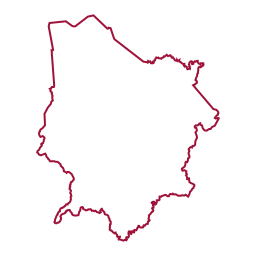 Catacamas, Olancho, Honduras (Natural Earth projection)
{"feature_id": "27666195B98073695243909", "entity_name": "Catacamas", "entity_type": "district", "adm_level": 2, "iso_a3": "HND", "parent_name": "Honduras", "parent_adm1": "Olancho", "projection": "natural_earth1", "projection_center": [-85.508, 14.563], "detail": "fine", "context": "isolated", "style": "outline", "palette": "rose", "viewbox_px": 256, "rotation_deg": 0, "n_neighbors": 0, "source": "geoboundaries", "source_scale": "gbopen_adm2", "svg_char_len": 5803}
<svg xmlns="http://www.w3.org/2000/svg" viewBox="0 0 256 256"><path d="M117.1,236.6L117.7,236.9L119.9,236.7L119.8,237.4L118.9,238.2L118.6,239.2L118.7,239.5L119.5,239.3L123.5,240.6L124.9,239.8L126.3,240.3L126.9,239.5L126.1,237.9L126.3,237.4L126.8,237.1L128.3,237.5L128.7,236.9L128.9,235.9L128.4,233.5L128.6,231.9L129.1,231.3L130.2,231.7L130.6,233.8L131.2,234.0L131.7,233.0L131.2,231.9L131.4,231.4L133.2,231.2L133.5,232.2L134.1,232.3L134.2,230.1L134.7,229.9L135.8,230.4L136.4,230.2L137.3,228.0L138.1,227.4L138.2,226.3L138.5,225.8L139.1,225.9L139.8,227.1L140.5,227.5L143.0,227.4L143.4,226.9L143.4,225.8L144.0,225.2L144.9,225.6L146.3,224.0L147.8,223.8L147.9,221.5L149.2,221.0L149.6,220.2L148.5,218.9L149.0,216.8L148.9,215.3L150.3,214.2L151.0,212.9L151.9,212.3L152.1,211.6L153.0,211.3L153.3,210.7L153.1,209.9L152.1,208.3L152.4,207.8L153.5,207.6L153.5,206.3L152.9,205.3L153.2,203.7L151.9,203.2L151.7,202.6L152.7,201.8L154.3,201.8L154.7,202.6L154.4,204.2L155.0,204.6L155.8,204.3L156.4,203.3L156.9,201.3L156.8,200.3L159.1,200.2L159.6,199.7L159.4,197.2L159.8,196.5L161.1,196.8L161.7,196.1L165.3,194.9L166.4,195.2L167.2,196.1L167.9,196.3L169.1,196.0L169.4,194.8L170.1,194.0L172.6,194.3L172.9,193.7L174.3,194.5L175.7,194.3L178.4,195.8L180.0,195.6L180.9,195.8L182.1,195.2L184.2,195.6L185.7,194.7L188.1,196.6L189.3,194.5L190.1,191.7L191.5,190.4L192.1,189.0L193.4,188.1L193.5,187.2L194.4,185.8L194.3,184.8L192.6,183.7L190.7,183.0L189.4,182.0L189.0,178.3L188.5,178.3L187.7,179.2L187.1,179.1L187.1,177.5L186.7,176.1L186.0,175.3L186.9,174.2L186.1,173.1L186.4,171.3L184.4,170.2L182.5,170.7L181.8,169.1L182.1,168.5L184.7,166.5L185.4,164.5L185.5,162.2L186.0,161.8L187.2,162.1L187.9,160.4L188.0,158.4L189.4,157.5L189.4,156.1L188.5,153.2L189.4,150.8L188.6,149.5L188.9,148.7L190.6,147.1L192.1,147.5L192.5,146.0L194.3,145.7L195.1,144.8L195.4,141.1L197.0,137.8L196.8,136.2L195.5,132.4L196.8,130.7L196.5,128.5L196.2,127.8L195.2,127.8L194.8,127.3L194.7,126.4L195.9,125.3L197.8,125.4L199.4,123.6L200.2,123.3L200.4,124.7L202.0,125.4L202.7,128.1L203.5,129.2L204.9,130.5L206.8,130.6L209.1,129.0L210.6,129.0L211.9,127.1L214.8,125.7L218.8,118.3L218.6,118.0L215.6,118.5L214.8,117.9L216.6,115.6L217.9,114.8L217.9,113.8L218.4,113.2L218.2,112.1L217.4,110.8L216.3,109.8L213.4,109.1L193.1,85.2L194.2,84.6L195.0,84.5L195.6,83.6L196.5,83.3L196.9,82.7L197.0,82.0L196.5,80.6L195.6,80.3L195.4,80.0L196.3,77.4L197.2,75.8L197.1,74.8L197.4,73.8L198.0,73.2L197.8,72.5L198.3,70.3L198.2,68.7L198.6,67.5L199.1,66.9L200.5,67.3L201.3,66.9L201.7,66.1L203.0,65.7L203.5,64.6L203.3,63.3L203.0,63.2L202.7,64.1L200.9,63.2L200.3,63.6L200.1,64.3L199.6,63.7L198.7,63.5L197.6,62.0L197.7,60.9L196.9,60.9L195.4,61.7L194.8,61.3L193.6,62.4L193.3,63.9L192.2,64.2L191.9,63.7L192.3,62.0L191.7,61.3L190.7,61.4L189.8,62.1L189.3,63.0L189.4,63.9L188.9,64.5L189.7,66.3L189.2,66.7L190.1,68.0L189.9,68.9L189.5,68.7L187.4,69.2L186.6,66.7L185.8,66.3L185.3,66.4L185.0,65.9L184.6,66.5L184.3,66.2L183.7,64.9L184.1,63.9L183.2,64.0L181.6,63.1L180.5,61.9L179.4,61.7L179.1,60.9L179.3,60.0L178.1,60.7L177.4,60.5L177.0,59.8L176.8,60.8L176.3,60.4L175.2,60.5L174.5,59.8L174.2,58.8L172.9,57.9L172.9,57.4L171.7,57.5L171.5,56.3L170.6,56.0L170.3,55.3L168.0,56.1L166.7,54.8L164.6,56.6L164.0,56.3L163.2,57.5L162.4,57.6L161.5,58.7L160.7,58.3L160.2,58.5L158.8,58.2L158.4,57.7L158.1,58.0L156.3,57.5L156.1,58.1L155.5,58.5L155.0,60.3L154.4,60.4L154.3,60.9L153.0,61.6L153.2,61.9L152.8,62.1L153.6,62.8L153.0,63.2L152.2,63.4L151.7,62.8L150.9,63.1L150.1,61.5L149.6,61.8L148.2,61.0L148.0,62.4L147.7,62.7L146.1,62.0L143.5,61.7L114.9,39.6L114.1,38.7L110.6,28.2L108.7,27.7L108.1,28.6L107.3,28.6L93.5,15.4L87.9,16.6L75.3,26.3L73.6,26.4L72.1,25.9L65.8,21.3L49.5,23.0L48.7,26.3L53.1,50.0L52.2,50.6L51.6,50.4L54.2,85.5L53.8,87.0L51.9,87.0L51.3,88.0L49.8,88.9L50.6,89.8L50.4,91.1L51.5,92.0L51.6,92.8L52.0,93.0L51.8,94.1L52.6,95.9L52.3,96.2L52.3,98.8L52.8,100.4L51.4,101.6L50.8,103.9L47.8,107.6L44.5,113.9L45.0,125.2L42.7,128.0L40.4,129.7L39.9,131.4L39.5,131.5L39.0,133.5L39.5,135.6L40.5,136.9L42.7,136.1L44.4,137.5L44.5,138.3L43.9,139.6L43.6,141.6L43.0,143.1L42.4,143.1L41.2,144.0L41.2,144.4L41.9,145.1L41.7,145.8L40.0,147.7L39.1,149.7L37.5,151.1L37.2,152.4L38.1,153.1L39.0,154.6L41.0,155.3L45.2,153.6L45.9,154.6L46.7,157.1L47.6,157.7L48.3,159.1L49.2,159.6L49.6,160.8L50.2,161.3L54.1,161.2L55.7,161.8L57.5,161.8L58.7,162.6L59.3,163.4L60.6,164.3L60.7,165.8L63.0,167.9L63.8,170.0L63.8,171.2L65.8,172.1L66.6,172.9L67.5,171.9L69.1,172.1L71.6,174.0L73.6,177.8L73.8,179.6L71.6,182.1L70.9,182.2L70.5,183.7L70.7,184.0L69.9,185.1L70.3,186.0L70.2,186.8L69.7,187.0L69.9,188.1L69.5,188.9L71.0,190.7L70.2,193.0L70.7,193.6L71.4,196.0L70.8,196.6L70.6,197.5L71.0,198.9L70.3,201.4L69.5,202.6L68.2,203.3L67.6,204.5L66.2,204.3L65.3,205.9L64.7,206.0L63.6,207.3L63.1,207.2L62.4,207.9L61.2,208.1L60.4,208.9L59.7,210.4L59.9,211.4L58.6,212.0L57.4,214.2L57.6,214.6L56.6,215.7L55.1,219.6L55.0,220.9L54.4,222.0L55.1,223.1L56.4,223.3L57.7,222.6L58.3,222.7L60.2,221.2L61.1,218.7L61.0,217.6L60.4,216.4L61.2,215.1L62.0,214.3L65.1,213.1L65.3,212.4L65.8,212.2L65.8,211.4L66.5,210.8L66.9,210.9L67.5,210.2L69.6,210.0L70.0,210.4L70.2,211.4L71.8,213.0L72.1,214.3L73.1,215.2L75.4,215.6L78.4,215.2L79.3,211.6L80.1,210.8L80.6,207.8L81.0,207.4L82.3,207.0L83.1,207.7L83.0,208.6L83.5,209.2L85.2,209.8L86.0,210.4L87.3,210.1L88.3,209.3L88.8,209.5L90.7,209.2L91.9,210.9L92.8,210.5L94.4,211.2L95.5,210.7L97.0,212.1L98.5,212.4L99.5,213.1L100.8,212.2L100.3,211.3L100.2,210.6L101.2,209.7L101.4,209.0L101.9,208.8L102.3,210.0L104.3,212.1L104.8,214.2L107.0,214.9L108.2,215.7L108.8,217.9L109.4,218.5L109.7,220.5L110.7,221.5L110.7,224.0L110.0,224.3L110.1,225.7L109.7,226.6L110.0,227.6L109.6,229.0L109.8,229.8L110.6,230.5L111.4,230.4L112.9,232.2L113.9,232.7L114.3,233.3L115.6,232.6L115.9,233.5L117.2,235.1L117.1,236.6Z" fill="none" stroke="#9f1239" stroke-width="2"/></svg>